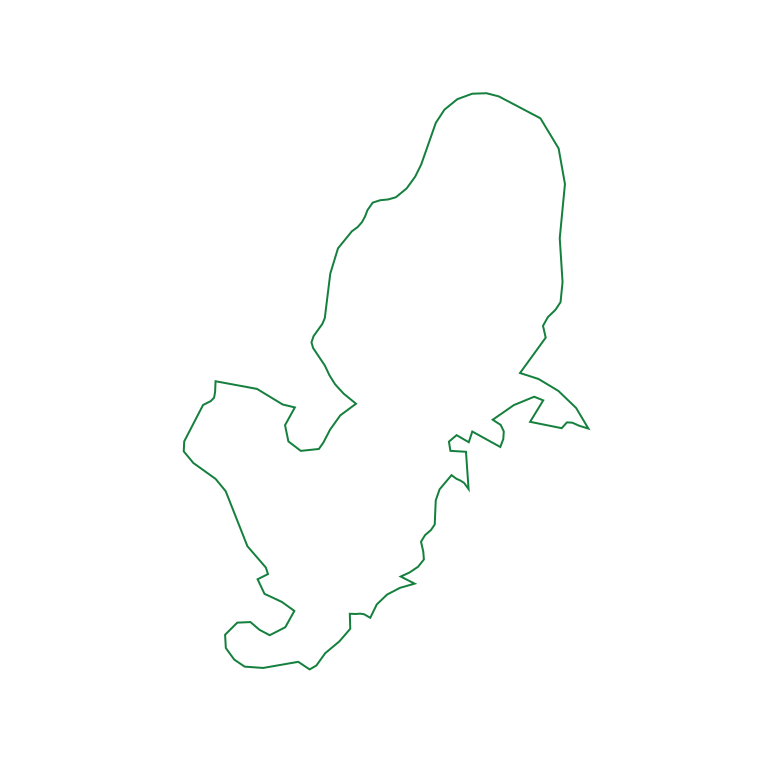 map outline of Martinique (Robinson projection), rotated 60°
{"feature_id": "FRA-1442", "entity_name": "Martinique", "entity_type": "Overseas department", "adm_level": 1, "iso_a3": "FRA", "parent_name": "France", "parent_adm1": "", "projection": "robinson", "projection_center": [-60.978, 14.643], "detail": "fine", "context": "isolated", "style": "outline", "palette": "green", "viewbox_px": 768, "rotation_deg": 60, "n_neighbors": 0, "source": "natural_earth", "source_scale": "10m", "svg_char_len": 1761}
<svg xmlns="http://www.w3.org/2000/svg" viewBox="0 0 768 768"><g transform="rotate(60 384 384)"><path d="M594.0,591.1L581.7,597.2L569.5,630.6L559.1,646.0L547.8,651.5L533.6,653.0L521.7,647.0L517.3,630.4L523.4,618.7L534.7,614.7L544.4,608.6L545.3,591.1L535.7,575.1L521.9,581.3L506.0,592.4L489.9,591.1L490.6,579.5L483.9,578.1L456.2,583.4L397.7,574.7L382.0,577.3L357.1,588.6L342.2,591.1L333.8,585.7L311.7,551.2L312.2,542.7L310.9,538.0L306.5,534.3L297.4,528.5L324.8,496.4L351.1,482.0L359.7,472.9L370.2,490.3L385.9,495.5L400.3,489.5L407.7,472.9L404.3,465.6L396.6,453.6L389.3,437.5L387.1,418.1L372.1,423.8L359.9,426.5L349.2,426.9L338.5,426.0L317.4,427.4L311.7,426.0L307.3,421.0L301.1,407.3L297.4,402.4L261.5,375.3L243.5,356.0L235.7,335.5L234.9,328.3L232.8,322.1L229.4,316.6L225.1,311.3L221.3,303.1L222.9,295.5L226.3,288.0L228.2,280.3L225.9,266.5L220.0,253.3L212.4,241.9L183.7,208.5L176.6,194.4L174.0,178.1L176.7,162.5L183.4,149.9L192.3,140.8L232.1,115.7L267.3,115.0L301.3,127.3L345.6,158.9L385.0,178.4L401.4,190.2L405.5,198.5L408.0,208.6L413.1,217.2L424.7,220.8L442.5,260.7L457.0,247.6L477.3,236.4L500.8,229.6L524.8,229.3L517.8,235.8L511.6,240.3L508.7,244.8L511.1,252.2L489.8,276.4L477.8,254.3L470.1,260.3L467.2,282.1L469.3,307.7L477.8,303.4L485.0,304.0L491.3,308.2L496.7,314.8L469.3,331.3L476.8,339.7L464.6,346.7L466.4,356.6L475.1,359.9L483.7,346.9L517.3,363.3L509.7,364.1L505.7,366.2L502.4,368.6L496.7,371.1L503.0,388.5L510.7,397.4L531.0,410.3L533.9,416.2L535.4,424.0L539.1,430.8L548.8,433.8L555.9,437.2L559.3,445.8L560.0,456.3L559.1,465.8L572.2,457.3L568.5,472.2L567.9,486.7L571.3,500.5L579.6,512.8L573.4,516.4L570.9,519.6L569.2,523.2L565.9,528.5L579.1,535.6L584.6,551.4L587.7,569.4L594.0,583.4L594.0,591.1Z" fill="none" stroke="#15803d" stroke-width="2"/></g></svg>